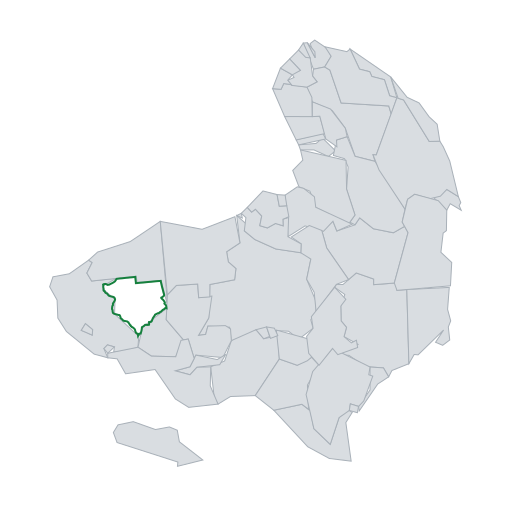 location of Botswana within Africa, rotated 86°
{"feature_id": "BWA", "entity_name": "Botswana", "entity_type": "country or territory", "adm_level": 0, "iso_a3": "BWA", "parent_name": "Africa", "parent_adm1": "", "projection": "orthographic", "projection_center": [24.585, -22.321], "detail": "fine", "context": "in_parent", "style": "outline", "palette": "green", "viewbox_px": 512, "rotation_deg": 86, "n_neighbors": 49, "source": "natural_earth", "source_scale": "50m", "svg_char_len": 12687}
<svg xmlns="http://www.w3.org/2000/svg" viewBox="0 0 512 512"><g transform="rotate(86 256 256)"><path d="M360.4,239.9L395.2,266.5L394.4,291.3L401.1,304.2L395.8,307.5L363.4,308.9L358.5,294.6L338.7,286.5L331.3,274.3L329.5,261.1L339.1,254.1L336.9,239.8L360.4,239.9Z" fill="#d9dde1" stroke="#a8b0b8" stroke-width="1"/><path d="M108.0,104.4L105.5,111.5L89.1,115.6L85.0,127.9L80.1,129.7L76.8,139.7L56.1,147.7L86.8,109.1L108.0,104.4Z" fill="#d9dde1" stroke="#a8b0b8" stroke-width="1"/><path d="M329.5,261.1L338.7,286.5L325.2,287.3L322.6,308.9L330.7,311.7L331.2,318.9L314.6,307.5L281.2,304.0L278.2,279.0L267.2,276.9L260.0,284.0L249.7,285.0L241.8,271.1L214.3,272.4L223.5,263.3L230.1,265.9L239.5,256.0L250.4,235.7L256.6,206.8L262.9,201.5L282.7,207.1L304.6,199.6L316.3,199.9L323.4,205.8L332.1,204.1L342.0,219.2L333.3,228.8L329.5,261.1Z" fill="#d9dde1" stroke="#a8b0b8" stroke-width="1"/><path d="M411.1,249.0L407.1,220.6L414.3,212.6L432.3,210.3L449.1,195.1L423.0,184.4L415.4,175.5L418.7,170.9L428.4,178.0L467.3,175.4L463.1,197.0L449.9,217.7L411.1,249.0Z" fill="#d9dde1" stroke="#a8b0b8" stroke-width="1"/><path d="M395.2,266.5L360.4,239.9L367.9,222.5L360.9,207.7L369.4,200.7L388.3,213.7L412.6,214.3L407.1,220.6L411.1,249.0L395.2,266.5Z" fill="#d9dde1" stroke="#a8b0b8" stroke-width="1"/><path d="M297.3,182.0L292.2,179.4L289.9,177.8L290.5,171.2L279.9,157.2L287.2,140.2L292.8,140.6L292.7,117.8L300.1,117.8L300.0,107.9L374.1,111.0L379.7,128.4L385.8,132.1L376.5,136.7L374.0,154.7L361.6,170.2L360.1,181.3L351.3,160.4L342.6,173.8L333.5,170.7L326.7,175.6L311.9,174.9L300.6,170.1L292.7,179.7L297.3,182.0Z" fill="#d9dde1" stroke="#a8b0b8" stroke-width="1"/><path d="M292.6,119.9L292.8,140.6L287.2,140.2L279.9,157.2L286.0,165.3L253.0,184.9L235.1,188.6L226.7,176.8L236.7,173.6L231.8,155.1L225.2,149.9L237.0,137.0L242.4,117.4L236.8,105.7L243.3,102.7L292.6,119.9Z" fill="#d9dde1" stroke="#a8b0b8" stroke-width="1"/><path d="M248.5,423.3L251.1,419.9L261.2,425.9L269.5,421.7L268.5,396.7L275.0,410.5L279.4,409.7L289.6,399.7L304.0,401.1L327.9,378.6L338.8,380.1L342.7,394.6L341.6,404.6L336.8,403.6L334.3,410.4L337.7,414.2L347.2,411.0L342.6,424.3L318.1,450.4L304.1,458.0L286.1,457.5L272.3,464.0L262.6,460.0L260.7,443.5L248.5,423.3ZM323.5,424.9L318.1,424.1L311.6,430.9L318.0,435.5L323.5,424.9Z" fill="#d9dde1" stroke="#a8b0b8" stroke-width="1"/><path d="M323.5,424.9L318.0,435.5L311.6,430.9L318.1,424.1L323.5,424.9Z" fill="#d9dde1" stroke="#a8b0b8" stroke-width="1"/><path d="M338.8,380.1L319.1,374.2L301.8,348.6L313.3,350.0L334.6,334.2L350.9,343.1L348.6,367.3L338.8,380.1Z" fill="#d9dde1" stroke="#a8b0b8" stroke-width="1"/><path d="M267.9,376.9L269.5,421.7L261.2,425.9L251.1,419.9L248.5,423.3L241.0,413.7L232.8,380.4L214.8,349.1L300.6,347.5L273.7,352.3L274.1,376.5L267.9,376.9Z" fill="#d9dde1" stroke="#a8b0b8" stroke-width="1"/><path d="M47.9,187.2L44.7,182.4L54.2,170.3L62.0,167.1L72.2,174.3L73.7,185.6L46.9,194.0L46.8,189.9L62.4,183.1L47.9,187.2Z" fill="#d9dde1" stroke="#a8b0b8" stroke-width="1"/><path d="M73.7,185.6L72.2,174.3L75.7,169.3L109.3,160.4L115.6,113.1L123.8,111.2L163.6,129.0L163.1,132.2L169.9,130.7L163.5,150.2L134.8,158.0L116.4,169.7L106.2,189.0L91.1,193.4L86.5,182.9L80.5,187.0L73.7,185.6Z" fill="#d9dde1" stroke="#a8b0b8" stroke-width="1"/><path d="M56.1,147.7L76.8,139.7L80.1,129.7L85.0,127.9L89.1,115.6L105.5,111.5L108.0,104.4L123.8,111.2L115.6,113.1L109.3,160.4L75.7,169.3L72.2,174.3L62.0,167.1L52.1,172.6L58.5,151.1L56.1,147.7Z" fill="#d9dde1" stroke="#a8b0b8" stroke-width="1"/><path d="M153.3,204.2L148.1,205.7L147.9,188.2L143.0,181.4L156.7,169.3L161.8,176.9L154.2,190.8L153.3,204.2Z" fill="#d9dde1" stroke="#a8b0b8" stroke-width="1"/><path d="M236.8,105.7L242.4,117.4L237.0,137.0L225.2,149.9L231.8,155.1L228.8,160.0L222.0,154.4L195.6,161.0L173.6,157.9L165.1,160.9L161.1,171.8L145.9,167.6L143.3,156.8L163.5,150.2L169.9,130.7L219.7,104.1L232.3,107.8L236.8,105.7Z" fill="#d9dde1" stroke="#a8b0b8" stroke-width="1"/><path d="M153.3,204.2L166.9,159.5L195.6,161.0L222.0,154.4L231.3,162.1L211.6,193.0L195.1,197.7L190.0,208.3L173.2,213.4L163.6,202.6L153.3,204.2Z" fill="#d9dde1" stroke="#a8b0b8" stroke-width="1"/><path d="M231.0,157.8L236.7,173.6L226.7,176.8L236.1,187.0L229.4,205.0L239.0,222.8L197.3,222.7L189.9,210.0L191.8,203.8L201.0,193.6L211.6,193.0L231.0,157.8Z" fill="#d9dde1" stroke="#a8b0b8" stroke-width="1"/><path d="M144.1,178.2L148.1,205.7L143.0,207.8L138.1,180.9L144.1,178.2Z" fill="#d9dde1" stroke="#a8b0b8" stroke-width="1"/><path d="M138.7,179.0L143.0,207.8L118.9,217.7L121.0,182.6L138.7,179.0Z" fill="#d9dde1" stroke="#a8b0b8" stroke-width="1"/><path d="M91.1,193.4L101.7,189.2L120.9,190.1L118.9,217.7L90.2,227.8L91.5,219.4L85.9,216.3L91.1,193.4Z" fill="#d9dde1" stroke="#a8b0b8" stroke-width="1"/><path d="M62.2,188.1L80.5,187.0L86.5,182.9L91.1,193.4L88.3,208.6L82.9,212.1L80.5,205.6L76.2,207.8L73.9,198.8L61.8,208.7L53.5,199.2L62.2,188.1Z" fill="#d9dde1" stroke="#a8b0b8" stroke-width="1"/><path d="M46.9,194.0L62.2,188.1L61.3,192.6L53.5,199.2L46.9,194.0Z" fill="#d9dde1" stroke="#a8b0b8" stroke-width="1"/><path d="M87.4,208.8L85.9,216.3L91.5,219.4L90.2,227.8L70.3,218.5L77.8,207.1L82.9,212.1L87.4,208.8Z" fill="#d9dde1" stroke="#a8b0b8" stroke-width="1"/><path d="M61.8,208.7L73.9,198.8L77.8,207.1L70.3,218.5L61.8,208.7Z" fill="#d9dde1" stroke="#a8b0b8" stroke-width="1"/><path d="M106.2,189.0L114.6,171.4L134.8,158.0L143.3,156.8L145.9,167.6L152.7,167.7L144.1,178.2L121.0,182.6L120.9,190.1L106.2,189.0Z" fill="#d9dde1" stroke="#a8b0b8" stroke-width="1"/><path d="M316.3,199.9L296.2,200.5L282.7,207.1L262.9,201.5L255.9,211.1L247.1,210.1L239.5,219.5L229.3,200.7L235.1,188.6L253.0,184.9L286.0,165.3L289.9,177.8L316.3,199.9Z" fill="#d9dde1" stroke="#a8b0b8" stroke-width="1"/><path d="M255.9,211.1L250.4,235.7L239.5,256.0L230.1,265.9L217.0,263.4L212.4,267.7L206.9,261.3L211.9,257.3L209.3,253.3L216.5,247.5L226.0,250.1L228.8,242.7L224.9,234.3L227.8,226.8L221.2,226.6L219.9,220.8L239.0,222.8L247.1,210.1L255.9,211.1Z" fill="#d9dde1" stroke="#a8b0b8" stroke-width="1"/><path d="M208.0,221.8L219.1,220.5L221.2,226.6L227.8,226.8L224.9,234.3L228.8,242.7L226.0,250.1L216.5,247.5L209.3,253.3L211.9,257.3L206.9,261.3L191.6,244.5L196.2,230.7L208.0,229.3L208.0,221.8Z" fill="#d9dde1" stroke="#a8b0b8" stroke-width="1"/><path d="M197.3,222.7L208.0,221.8L208.0,229.3L196.2,230.7L197.3,222.7Z" fill="#d9dde1" stroke="#a8b0b8" stroke-width="1"/><path d="M338.7,286.5L355.0,296.2L350.7,322.9L354.0,324.8L334.1,329.4L334.6,334.2L313.3,350.0L288.5,347.1L279.8,337.5L279.9,316.1L293.6,316.1L292.9,302.8L314.6,307.5L331.2,318.9L330.7,311.7L322.6,308.9L323.3,291.4L327.0,286.5L338.7,286.5Z" fill="#d9dde1" stroke="#a8b0b8" stroke-width="1"/><path d="M352.0,293.0L361.9,299.8L362.9,322.7L369.9,330.1L364.9,344.6L361.9,329.6L350.7,322.9L356.6,301.9L352.0,293.0Z" fill="#d9dde1" stroke="#a8b0b8" stroke-width="1"/><path d="M363.4,308.9L382.4,310.7L401.1,304.2L402.3,333.7L393.0,346.4L362.2,364.6L364.4,394.3L348.9,401.7L347.2,411.0L342.7,410.7L338.8,380.1L348.6,367.3L350.9,343.1L334.9,336.7L334.1,329.4L354.0,324.8L361.9,329.6L364.9,344.6L369.9,330.1L362.9,322.7L363.4,308.9Z" fill="#d9dde1" stroke="#a8b0b8" stroke-width="1"/><path d="M342.7,410.7L337.7,414.2L334.3,410.4L336.8,403.6L342.7,410.7Z" fill="#d9dde1" stroke="#a8b0b8" stroke-width="1"/><path d="M212.4,267.7L217.2,267.0L214.3,272.4L212.4,267.7ZM215.3,274.3L241.8,271.1L249.7,285.0L260.0,284.0L267.2,276.9L278.2,279.0L281.2,304.0L293.6,304.9L293.6,316.1L279.9,316.1L279.8,337.5L288.5,347.1L214.8,349.1L225.6,307.9L215.3,274.3Z" fill="#d9dde1" stroke="#a8b0b8" stroke-width="1"/><path d="M337.2,248.0L339.1,254.1L329.5,261.1L327.5,250.4L337.2,248.0Z" fill="#d9dde1" stroke="#a8b0b8" stroke-width="1"/><path d="M455.8,323.3L460.3,349.0L456.1,348.3L432.4,407.6L422.1,410.6L414.8,405.4L412.7,390.0L422.1,368.4L420.5,354.3L424.3,346.7L436.0,345.4L455.8,323.3Z" fill="#d9dde1" stroke="#a8b0b8" stroke-width="1"/><path d="M46.8,189.9L56.4,183.0L62.4,183.1L46.8,189.9Z" fill="#d9dde1" stroke="#a8b0b8" stroke-width="1"/><path d="M209.9,75.0L202.9,61.0L210.9,50.0L217.0,48.0L219.9,49.8L224.7,48.1L217.4,58.6L223.6,62.5L209.9,75.0Z" fill="#d9dde1" stroke="#a8b0b8" stroke-width="1"/><path d="M108.0,104.4L110.6,97.9L153.8,75.2L154.3,64.6L160.0,61.6L174.8,56.1L210.9,50.0L202.9,61.0L209.2,67.9L211.0,78.5L205.5,93.4L210.0,100.8L219.7,104.1L178.7,127.3L163.1,132.2L163.6,129.0L108.0,104.4Z" fill="#d9dde1" stroke="#a8b0b8" stroke-width="1"/><path d="M374.7,150.0L376.5,136.7L385.8,132.1L392.2,143.5L417.8,163.9L413.2,164.2L397.6,151.6L374.7,150.0Z" fill="#d9dde1" stroke="#a8b0b8" stroke-width="1"/><path d="M86.8,109.1L108.2,94.2L114.7,82.6L129.2,73.6L137.2,66.1L154.3,64.6L153.8,75.2L110.6,97.9L108.6,103.2L86.8,109.1Z" fill="#d9dde1" stroke="#a8b0b8" stroke-width="1"/><path d="M374.1,111.0L300.0,107.9L300.8,65.4L322.6,68.6L334.3,66.3L340.2,69.1L353.3,68.6L358.1,76.0L354.6,82.9L342.9,74.0L365.9,101.2L365.3,105.1L374.1,111.0Z" fill="#d9dde1" stroke="#a8b0b8" stroke-width="1"/><path d="M299.3,64.1L300.1,117.8L292.6,119.9L243.3,102.7L232.3,107.8L210.0,100.8L205.5,93.4L213.5,70.3L223.6,62.5L244.0,64.3L246.2,67.7L265.2,71.3L276.1,61.2L299.3,64.1Z" fill="#d9dde1" stroke="#a8b0b8" stroke-width="1"/><path d="M449.1,195.1L432.3,210.3L397.7,215.7L375.2,207.5L353.5,186.1L374.7,150.0L382.3,151.8L384.0,147.9L408.1,158.6L413.2,164.2L410.1,172.2L416.6,173.7L423.0,184.4L449.1,195.1Z" fill="#d9dde1" stroke="#a8b0b8" stroke-width="1"/><path d="M413.2,164.2L419.4,165.8L416.6,173.7L410.1,172.2L413.2,164.2Z" fill="#d9dde1" stroke="#a8b0b8" stroke-width="1"/><path d="M360.4,239.9L331.3,240.9L342.4,209.5L360.9,207.7L364.1,212.1L367.9,222.5L360.4,239.9Z" fill="#d9dde1" stroke="#a8b0b8" stroke-width="1"/><path d="M336.9,239.8L339.2,247.3L327.5,250.4L329.3,242.7L336.9,239.8Z" fill="#d9dde1" stroke="#a8b0b8" stroke-width="1"/><path d="M339.7,211.1L332.1,204.1L320.4,205.0L292.7,179.7L305.5,169.4L311.9,174.9L326.7,175.6L333.5,170.7L342.6,173.8L349.3,166.9L347.0,161.7L354.4,161.0L360.1,181.3L353.5,186.1L369.4,200.7L356.8,210.2L339.7,211.1Z" fill="#d9dde1" stroke="#a8b0b8" stroke-width="1"/><path d="M301.8,348.9L301.6,349.3L301.5,349.8L301.7,350.1L301.9,350.6L302.3,351.0L302.6,351.3L302.9,351.9L303.2,352.7L303.7,353.3L305.0,354.8L305.1,355.3L305.3,355.8L306.1,356.7L306.2,357.0L306.2,357.7L307.0,359.7L307.5,360.8L308.0,361.0L309.5,362.2L310.8,363.2L312.3,363.9L313.4,364.4L313.9,364.7L314.2,365.0L314.4,365.6L314.5,366.6L314.5,367.3L315.7,367.3L316.7,367.4L317.1,367.5L317.2,368.1L317.2,368.8L317.2,369.3L317.1,369.8L317.0,370.5L316.9,371.3L317.1,371.6L318.0,372.7L318.4,373.3L318.8,374.3L319.0,374.7L319.2,374.8L320.1,374.9L322.3,375.4L323.6,375.8L324.7,376.3L325.2,376.4L325.4,376.5L325.3,377.5L325.4,378.0L325.6,378.2L325.8,378.3L326.6,378.4L327.1,379.0L327.4,379.2L325.9,379.3L325.2,379.7L324.8,380.5L324.1,381.1L323.2,381.4L322.2,381.7L321.2,381.8L320.1,382.4L318.9,383.6L318.3,384.4L318.3,384.7L318.0,385.0L317.6,385.2L317.3,385.5L317.2,385.8L316.9,385.9L316.5,385.9L316.2,386.1L316.0,386.6L315.6,386.9L314.9,387.0L314.4,387.3L313.9,387.7L313.6,387.9L313.3,387.9L313.0,388.3L312.3,389.1L312.2,389.5L311.3,392.8L310.9,393.1L310.0,393.8L309.2,394.6L308.9,395.0L308.6,395.3L306.9,395.6L306.3,395.8L305.6,396.1L305.4,396.4L305.2,397.4L304.7,398.8L304.3,399.9L304.0,400.8L303.5,401.9L303.1,402.3L302.7,402.7L302.1,402.8L301.3,402.9L300.5,402.9L299.9,402.9L299.1,403.3L298.4,403.3L297.2,403.1L296.3,402.9L295.9,402.8L295.0,402.1L294.5,402.1L293.6,402.1L293.2,401.9L292.7,401.5L291.8,400.8L290.9,400.2L290.1,399.8L289.3,399.6L288.6,399.8L288.0,400.0L287.8,400.1L287.4,400.4L287.0,401.0L286.6,401.9L286.5,402.5L286.1,403.7L285.6,405.1L285.3,405.6L285.0,405.9L284.5,406.2L283.0,407.3L282.3,408.6L281.8,409.0L281.2,409.2L280.7,409.3L280.5,409.5L280.2,410.2L279.9,410.4L279.6,410.5L278.7,410.5L278.5,410.4L276.1,410.6L275.4,410.4L274.9,410.3L274.1,410.6L273.8,410.5L273.5,409.9L273.4,408.8L273.4,407.9L273.8,407.2L274.1,406.7L274.5,406.0L274.5,405.7L274.4,405.4L274.3,404.9L274.3,404.3L273.7,403.1L273.1,401.5L272.2,399.6L271.9,399.2L271.4,398.4L269.4,396.9L269.1,396.7L269.0,395.1L268.9,393.1L268.9,391.2L268.8,389.3L268.7,387.3L268.7,385.4L268.6,383.4L268.6,381.5L268.5,379.5L268.4,377.9L269.9,377.9L271.6,377.8L273.8,377.7L274.7,377.7L274.7,376.3L274.6,373.5L274.6,370.7L274.5,368.0L274.4,365.2L274.4,362.4L274.3,359.7L274.2,356.9L274.2,354.1L274.2,352.8L275.8,352.6L277.7,352.3L280.8,351.8L283.7,351.2L285.6,350.9L287.8,350.4L288.6,350.4L288.8,350.4L289.1,350.5L290.2,351.9L290.8,353.0L290.9,353.4L291.1,353.5L291.4,353.4L291.7,353.2L292.8,352.2L293.0,351.9L293.7,351.4L294.5,350.9L295.2,350.5L296.0,350.2L296.3,350.3L296.7,350.5L297.1,350.7L298.7,349.4L299.5,349.1L301.5,348.9L301.8,348.9Z" fill="none" stroke="#15803d" stroke-width="2"/></g></svg>